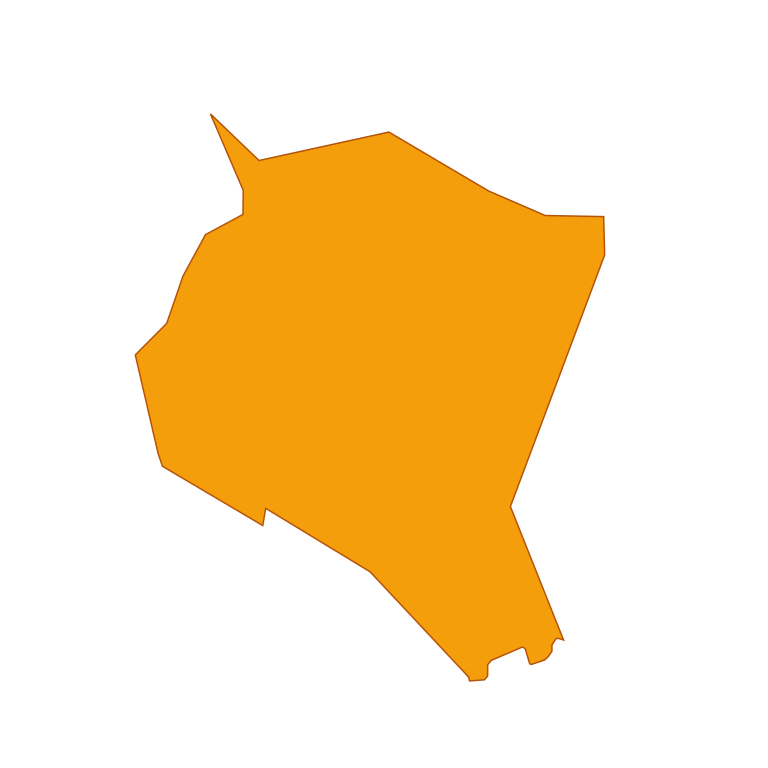 the district of Franklin, Georgia, United States of America, rotated 113°
{"feature_id": "52423323B34949297901423", "entity_name": "Franklin", "entity_type": "district", "adm_level": 2, "iso_a3": "USA", "parent_name": "United States of America", "parent_adm1": "Georgia", "projection": "natural_earth1", "projection_center": [-83.174, 34.38], "detail": "fine", "context": "isolated", "style": "filled", "palette": "amber", "viewbox_px": 768, "rotation_deg": 113, "n_neighbors": 0, "source": "geoboundaries", "source_scale": "gbopen_adm2", "svg_char_len": 627}
<svg xmlns="http://www.w3.org/2000/svg" viewBox="0 0 768 768"><g transform="rotate(113 384 384)"><path d="M203.2,649.3L260.8,589.2L283.0,580.1L316.3,606.7L363.2,611.2L413.0,607.7L454.4,624.3L536.1,564.9L546.3,555.8L561.7,440.3L544.7,444.3L562.3,323.5L620.7,191.5L623.9,189.2L617.0,175.9L612.3,174.5L601.8,178.9L596.4,177.2L572.0,153.8L572.4,150.6L584.6,140.6L584.5,138.7L575.2,128.3L571.2,126.4L564.6,125.0L564.2,125.1L558.7,127.4L551.4,126.3L550.0,124.2L549.5,118.7L447.4,219.8L179.0,231.3L144.1,247.2L165.9,301.4L165.5,362.8L150.2,478.0L227.1,586.4L203.2,649.3Z" fill="#f59e0b" stroke="#b45309" stroke-width="1.5"/></g></svg>